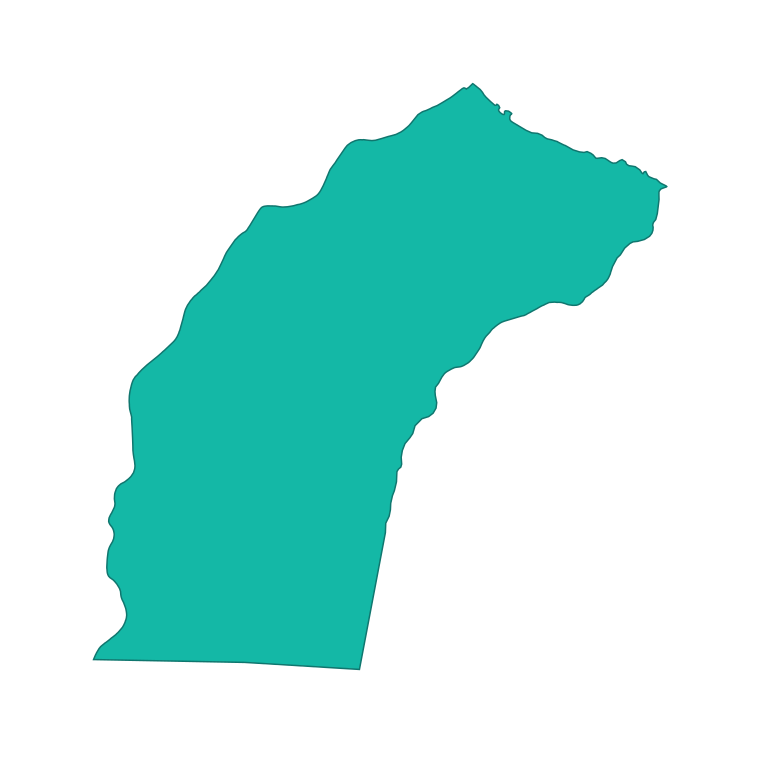 Industry, Choiseul, Saint Lucia, rotated 187°
{"feature_id": "8701671B28263897430178", "entity_name": "Industry", "entity_type": "district", "adm_level": 2, "iso_a3": "LCA", "parent_name": "Saint Lucia", "parent_adm1": "Choiseul", "projection": "mercator", "projection_center": [-61.06, 13.791], "detail": "fine", "context": "isolated", "style": "filled", "palette": "teal", "viewbox_px": 768, "rotation_deg": 187, "n_neighbors": 0, "source": "geoboundaries", "source_scale": "gbopen_adm2", "svg_char_len": 6138}
<svg xmlns="http://www.w3.org/2000/svg" viewBox="0 0 768 768"><g transform="rotate(187 384 384)"><path d="M638.7,75.1L488.3,90.7L373.6,97.7L364.5,236.7L365.3,246.1L362.8,253.4L362.3,259.9L362.8,266.4L362.0,274.2L360.7,279.4L359.7,288.4L360.2,294.7L360.5,298.6L359.2,301.4L357.2,303.5L356.7,306.6L358.0,313.4L357.7,320.2L355.9,327.4L351.7,333.9L349.4,338.4L348.1,346.4L342.1,354.2L335.7,357.1L331.7,361.0L329.4,366.4L329.4,371.9L331.7,378.9L332.5,382.8L332.5,387.2L330.0,391.3L327.5,397.7L326.8,399.0L325.4,401.5L324.4,402.7L323.8,403.3L322.8,404.2L318.9,407.1L316.6,408.5L315.7,409.0L313.2,409.7L311.5,410.1L310.4,410.4L309.2,410.9L307.1,412.1L303.5,414.9L302.8,415.5L301.7,416.7L300.1,418.8L299.5,419.5L298.3,421.2L295.6,426.5L294.0,429.7L293.1,431.7L292.0,435.5L290.8,439.1L289.5,442.1L288.4,444.0L285.3,448.2L284.2,450.2L283.0,452.0L282.0,452.9L280.8,454.3L278.4,456.7L276.1,458.7L274.7,459.7L272.3,461.0L258.2,467.2L255.6,468.3L253.4,469.0L251.1,470.4L250.1,471.3L247.7,472.9L245.6,474.5L241.4,477.4L239.4,479.0L236.9,480.8L234.6,482.1L234.0,482.6L230.1,485.0L226.7,485.7L224.5,486.1L222.3,486.1L220.2,486.4L217.8,486.5L214.8,486.0L214.1,485.9L211.1,485.2L209.5,485.1L206.0,485.1L204.7,485.3L202.9,485.6L202.2,485.8L201.0,486.3L198.9,487.7L198.4,488.4L197.0,489.9L195.7,492.5L195.1,494.2L194.2,495.1L191.5,497.2L190.4,498.2L188.7,500.3L188.2,500.6L186.2,502.6L184.5,504.0L183.1,505.4L181.6,506.7L179.1,508.9L177.6,511.2L176.1,513.0L175.5,514.0L174.7,515.4L174.0,517.1L173.3,519.3L172.8,521.0L172.7,522.3L172.3,524.2L171.8,526.8L171.5,528.4L168.0,537.6L165.2,540.9L161.7,548.2L157.1,553.4L154.2,555.4L149.6,556.5L143.1,559.2L138.4,563.0L136.5,566.2L135.8,569.5L136.0,572.5L136.6,574.1L136.6,575.8L136.1,577.5L134.3,580.4L133.5,586.4L133.5,600.6L134.1,604.7L134.5,608.0L134.3,609.0L133.2,611.0L132.1,611.8L129.2,613.3L127.9,613.9L127.4,614.4L127.9,614.9L134.3,617.2L138.5,620.3L141.2,620.6L146.2,622.0L147.6,623.1L150.1,626.8L151.5,626.3L152.6,624.3L153.7,624.8L156.2,627.7L161.1,630.3L164.7,630.5L167.5,630.5L170.0,631.7L171.4,634.0L175.0,635.7L177.2,634.5L180.5,631.7L183.6,631.1L185.8,631.7L191.9,634.8L195.5,635.1L199.9,634.0L201.3,634.0L204.3,636.8L206.8,638.2L210.7,639.4L213.7,638.2L218.2,638.2L224.8,639.4L233.1,642.8L234.5,643.1L240.5,645.2L241.4,645.7L244.9,646.3L247.2,646.8L251.8,647.2L254.4,648.2L257.4,650.2L262.0,651.5L268.0,651.3L273.9,653.1L288.2,659.4L290.3,660.6L291.5,662.2L291.7,664.9L291.3,666.5L290.4,667.2L290.2,668.0L291.3,668.8L293.6,670.0L296.6,670.0L297.5,669.3L297.4,666.7L297.7,666.1L299.1,666.1L301.6,667.4L303.0,668.6L303.7,669.9L303.5,670.9L302.8,672.3L304.2,674.5L306.0,675.4L306.5,674.5L307.9,674.1L312.5,677.2L317.7,681.1L320.0,683.2L321.8,685.5L324.4,688.0L331.8,692.6L332.6,692.9L336.1,688.6L338.3,686.8L339.0,687.3L340.7,687.7L342.2,686.8L344.3,684.7L346.0,683.1L347.7,681.3L351.5,677.6L353.4,675.9L356.9,673.2L358.9,671.6L360.7,670.2L365.2,666.8L369.6,664.4L371.7,662.9L374.5,661.2L375.5,660.6L378.1,659.4L379.3,658.7L380.5,657.7L383.1,655.5L384.8,652.8L388.9,646.2L390.8,643.4L392.2,641.8L395.7,638.1L396.5,637.4L398.3,635.9L399.3,635.3L401.7,633.7L402.7,633.1L407.0,631.3L409.9,630.2L416.6,627.2L422.1,624.9L425.7,624.1L429.1,624.0L434.2,624.0L435.2,623.7L437.1,623.6L439.1,623.2L440.4,622.7L442.2,622.0L446.0,619.7L448.3,617.6L449.6,616.3L451.4,613.4L458.1,600.5L459.4,597.7L461.3,594.5L463.5,590.5L464.0,589.0L464.7,586.6L465.1,585.0L465.9,582.4L466.2,580.9L467.0,578.3L468.5,573.4L470.4,568.4L471.1,566.9L472.3,564.8L473.6,563.1L474.6,562.1L477.7,559.5L479.3,558.3L482.7,555.8L483.9,555.0L486.0,553.8L489.4,552.2L491.7,551.5L495.5,549.9L498.1,549.1L501.6,548.1L505.9,547.3L508.0,547.2L513.3,547.4L516.6,547.1L521.3,546.6L523.0,546.2L523.8,546.0L525.0,545.6L526.1,545.0L526.9,544.4L527.8,543.3L529.0,541.2L530.2,538.8L536.6,524.6L537.7,522.5L538.3,521.1L539.1,519.7L540.4,518.2L542.5,516.7L543.8,515.5L545.6,513.6L546.5,512.6L548.1,510.4L549.2,509.1L553.1,501.8L555.4,497.4L556.4,495.4L557.8,491.4L558.5,488.9L560.3,483.4L562.4,477.3L563.0,476.2L563.9,474.3L565.7,470.7L567.4,468.0L568.1,466.8L572.3,460.2L573.6,458.7L576.1,455.8L577.3,454.4L578.2,453.0L579.6,451.6L580.2,450.8L581.5,449.3L582.6,448.3L584.1,446.3L585.3,444.3L586.0,443.4L587.2,441.0L588.6,438.3L590.1,433.9L590.5,431.9L591.2,426.7L591.5,423.9L592.4,418.0L592.6,416.9L593.2,412.5L593.6,411.3L593.9,409.5L595.1,405.6L595.5,404.9L596.0,403.6L597.3,401.4L598.4,399.9L605.9,390.8L607.4,389.2L608.7,387.6L612.1,383.8L621.5,374.1L626.1,368.7L628.7,365.2L630.2,362.8L631.7,361.0L633.4,357.5L634.0,355.2L634.5,352.6L634.9,349.0L635.2,346.5L635.3,343.3L635.3,341.1L635.1,338.6L634.9,336.4L634.6,334.5L634.3,333.1L634.0,331.0L633.4,328.2L632.3,325.3L631.3,322.8L630.4,320.3L630.2,318.3L628.7,310.0L626.9,299.4L625.7,291.8L625.1,287.5L624.2,283.6L623.0,279.4L622.3,277.3L621.2,272.6L621.1,270.9L621.1,269.8L621.2,268.8L621.8,265.5L623.4,262.3L623.8,261.5L624.6,260.4L625.2,259.7L625.7,259.0L629.6,255.1L632.9,252.9L635.1,250.5L635.8,249.4L636.8,247.6L637.6,244.1L637.8,242.9L637.9,241.4L637.7,238.3L637.6,237.1L636.9,234.4L636.5,233.0L636.4,232.0L636.4,230.1L636.6,228.8L637.3,226.7L638.6,222.8L639.2,221.6L639.7,220.3L640.5,217.8L640.6,216.3L640.6,215.3L640.5,213.9L640.0,212.8L639.6,212.1L638.7,210.9L636.3,208.5L635.5,207.3L635.1,206.7L634.5,205.4L634.0,204.0L633.5,202.2L633.4,201.0L633.4,199.4L633.5,197.4L634.3,194.2L635.0,192.7L635.8,190.8L636.6,188.6L636.8,187.8L637.3,185.4L637.4,183.7L637.4,181.8L637.4,178.1L637.3,175.4L636.8,168.4L636.6,167.2L636.3,166.0L636.0,164.4L635.6,162.8L635.0,161.4L634.3,160.2L633.8,159.6L632.4,158.4L628.7,156.4L626.7,154.7L624.6,152.7L623.6,151.4L622.3,149.8L621.4,148.5L620.2,145.9L619.6,143.0L619.1,141.2L618.5,139.7L617.6,138.0L615.8,135.3L613.4,130.6L612.7,129.0L612.0,126.7L611.6,125.2L611.2,123.1L611.2,121.8L611.2,120.5L611.4,118.7L611.7,117.7L612.0,115.9L612.9,113.1L613.9,110.7L616.7,106.4L617.9,104.7L619.0,103.5L619.5,102.7L622.7,99.5L623.8,98.5L625.0,97.1L628.3,93.8L629.5,92.8L630.5,91.7L631.1,91.1L632.7,89.4L633.5,88.5L633.7,87.9L634.4,87.0L635.0,85.7L636.0,83.4L636.6,82.0L636.8,81.3L637.3,80.0L638.1,77.3L638.7,75.1Z" fill="#14b8a6" stroke="#0f766e" stroke-width="1.5"/></g></svg>